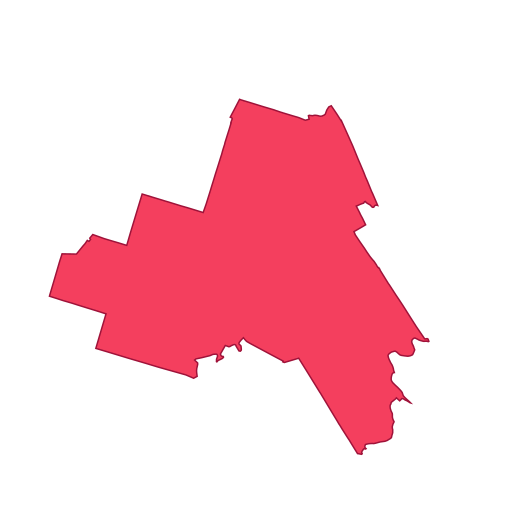 Gurbanesti, Calarasi, Romania (orthographic projection), rotated 105°
{"feature_id": "2599482B46558344458581", "entity_name": "Gurbanesti", "entity_type": "district", "adm_level": 2, "iso_a3": "ROU", "parent_name": "Romania", "parent_adm1": "Calarasi", "projection": "orthographic", "projection_center": [26.694, 44.368], "detail": "fine", "context": "isolated", "style": "filled", "palette": "rose", "viewbox_px": 512, "rotation_deg": 105, "n_neighbors": 0, "source": "geoboundaries", "source_scale": "gbopen_adm2", "svg_char_len": 5290}
<svg xmlns="http://www.w3.org/2000/svg" viewBox="0 0 512 512"><g transform="rotate(105 256 256)"><path d="M348.3,445.1L348.6,437.9L349.0,430.6L349.2,421.3L349.5,415.1L349.8,407.5L350.2,396.7L350.7,385.9L386.7,386.8L387.1,372.8L387.8,351.3L388.2,334.8L388.6,322.2L388.7,315.9L388.9,300.3L389.0,293.0L390.2,284.6L387.5,281.7L384.3,283.0L382.3,283.7L380.1,284.1L377.6,284.2L375.6,284.3L374.4,284.7L372.4,288.4L370.9,287.3L368.0,281.6L366.0,278.0L364.2,274.7L362.3,272.3L362.0,271.7L361.1,269.1L361.1,268.6L361.2,268.1L361.5,267.9L362.2,267.4L362.8,267.2L364.3,267.3L365.6,267.4L366.6,267.3L367.5,267.0L368.2,266.9L368.4,266.7L368.4,266.4L368.1,266.2L366.8,265.6L364.7,263.1L363.7,262.0L362.9,261.5L362.1,261.2L361.5,261.7L361.7,263.2L361.1,264.2L360.2,264.7L359.9,265.0L350.4,262.5L350.4,262.1L350.6,259.9L350.7,258.8L350.3,257.9L348.8,256.4L347.6,254.9L347.1,253.9L347.0,253.2L347.3,252.6L347.6,252.2L348.1,252.0L352.1,247.9L352.0,246.5L351.0,245.9L349.9,246.0L346.8,247.2L345.3,249.7L344.9,249.8L344.3,249.9L343.5,249.7L341.0,248.6L338.2,247.0L339.4,245.4L340.6,243.5L340.7,243.4L340.9,242.9L341.0,242.7L342.0,239.0L346.8,218.5L350.5,202.5L351.3,202.7L351.5,201.4L351.5,201.0L351.3,200.7L343.7,188.3L353.2,178.1L371.2,159.0L371.6,158.5L376.6,153.3L381.7,148.0L390.1,139.3L394.6,134.6L396.8,132.4L397.7,131.3L400.7,128.2L406.3,122.1L409.1,119.0L409.1,118.9L411.9,116.0L418.6,108.9L419.7,107.7L420.6,106.8L420.5,106.3L420.2,102.6L419.8,102.4L419.3,102.3L418.5,103.1L417.3,103.1L414.8,102.2L414.5,102.1L414.3,101.6L414.1,101.4L414.1,101.1L414.2,100.6L414.0,100.1L413.6,99.8L413.0,100.9L412.6,101.3L411.7,101.6L410.7,101.6L409.8,101.5L409.2,100.6L408.2,98.7L407.6,97.1L407.3,96.1L407.0,95.2L406.7,93.7L405.9,92.1L403.5,88.0L401.6,83.5L400.3,81.6L397.5,78.9L396.4,78.2L393.9,78.3L391.4,78.2L388.3,79.0L387.1,79.7L385.6,80.2L383.0,80.2L380.4,79.7L378.3,81.5L376.5,82.5L373.3,83.4L372.6,83.8L370.5,85.6L368.2,87.0L366.8,87.5L365.4,87.8L364.0,87.4L362.4,87.5L357.9,84.2L356.7,83.7L358.7,79.7L355.9,78.1L355.8,76.7L356.5,74.8L356.8,72.7L357.5,70.4L357.9,69.2L357.9,68.6L356.9,70.3L355.5,73.1L354.1,75.7L352.8,77.6L350.0,79.5L349.5,80.1L349.0,80.7L347.7,82.7L346.1,85.4L345.4,86.8L344.7,88.1L343.8,89.7L343.4,90.2L343.1,91.0L342.6,91.5L342.0,92.3L341.0,93.1L340.4,93.4L339.4,93.7L338.3,93.9L337.1,94.0L335.4,94.0L334.6,93.9L334.3,93.8L333.8,93.5L333.3,93.2L333.2,93.0L332.7,92.3L332.7,92.2L332.4,92.3L331.9,92.9L330.1,93.8L329.0,94.3L327.3,95.4L325.8,96.6L325.2,97.3L323.9,98.6L322.7,99.6L321.4,100.7L320.0,101.7L318.1,102.7L317.5,102.7L317.0,102.6L315.9,102.1L314.9,101.3L313.8,100.4L312.3,97.9L311.9,97.0L312.3,95.3L313.5,93.0L314.2,91.5L314.4,90.1L314.0,86.6L313.5,83.4L312.7,81.6L312.0,80.5L311.5,80.0L311.0,79.3L310.1,79.0L308.0,78.7L305.6,78.4L305.0,78.8L304.1,79.5L302.8,80.3L301.9,81.0L301.3,81.5L300.6,82.2L299.3,83.0L298.6,83.4L298.3,83.4L297.5,83.5L296.6,83.5L295.5,82.9L294.4,82.0L294.1,81.1L294.6,78.3L295.0,76.8L295.1,75.1L295.1,73.7L295.1,72.2L294.2,69.3L294.1,67.3L293.7,66.9L291.7,68.3L291.5,69.4L292.2,70.9L292.3,71.7L282.6,83.0L277.2,88.9L265.6,101.5L260.8,106.9L257.6,110.6L249.2,119.9L248.7,120.6L247.6,121.8L242.6,127.1L241.1,128.7L237.8,132.2L236.6,133.1L236.3,133.5L235.8,134.5L235.4,134.5L235.4,135.4L234.4,136.5L233.4,137.4L230.6,140.6L229.5,142.3L228.3,144.0L226.9,145.9L225.0,148.1L223.5,149.9L220.6,153.1L215.2,159.5L209.6,165.9L209.4,165.9L207.1,167.7L204.1,164.7L200.6,161.2L197.5,158.2L192.0,162.9L189.7,165.1L187.8,166.8L187.7,166.8L181.8,172.1L181.6,171.9L181.3,171.3L179.3,168.9L177.9,167.0L177.1,165.7L175.4,165.2L175.0,164.4L175.8,163.6L176.4,161.8L177.1,159.1L178.2,157.3L178.7,156.5L178.8,155.9L178.6,155.3L178.2,154.8L177.2,154.6L176.1,153.9L175.7,152.7L175.7,151.5L165.4,159.6L163.8,161.0L155.1,167.6L152.1,170.0L151.8,170.3L147.4,173.5L140.6,178.8L135.8,182.6L125.1,190.7L122.6,192.7L121.4,193.7L119.4,195.3L117.3,197.0L112.4,201.0L108.6,204.1L103.2,208.5L103.5,208.6L99.0,213.5L98.0,214.6L91.4,222.2L93.2,224.3L96.7,225.4L101.1,225.8L102.1,226.5L102.9,227.5L103.7,228.4L104.4,230.2L104.4,232.8L104.6,234.7L105.1,236.4L105.8,237.5L106.2,239.9L106.3,241.0L106.9,241.7L110.1,240.1L112.1,243.5L111.3,250.1L111.2,251.6L111.1,256.9L110.8,266.3L110.8,267.1L110.7,267.9L110.7,269.2L110.4,273.2L110.4,274.2L110.2,276.1L110.1,279.5L109.9,287.4L109.7,292.8L109.3,303.0L109.3,304.2L109.2,305.9L109.2,308.4L109.1,308.8L109.1,310.3L109.1,310.5L108.9,312.4L111.2,312.9L113.4,313.4L120.2,314.9L125.0,316.0L128.6,316.8L128.8,315.5L129.0,315.0L129.1,314.8L129.4,314.6L129.6,314.6L129.8,314.5L133.3,314.8L133.9,314.8L133.9,314.5L140.5,314.7L147.1,315.0L154.4,315.3L156.4,315.2L157.9,315.3L162.7,315.5L166.9,315.5L168.5,315.6L180.6,316.1L186.8,316.4L193.0,316.6L200.6,316.9L204.5,317.0L218.8,317.6L226.6,318.2L227.7,318.3L227.6,320.4L227.3,329.2L227.1,334.7L227.0,341.4L226.8,346.7L226.6,351.9L226.5,354.3L226.4,358.9L226.3,360.9L226.2,364.1L226.0,370.4L225.6,382.0L243.5,382.6L253.1,382.9L265.6,383.3L270.4,383.4L279.2,383.6L278.9,392.3L278.7,400.9L278.5,407.2L278.0,413.1L277.5,419.2L281.8,421.2L282.8,420.1L285.1,421.1L284.6,423.0L288.3,424.3L291.3,425.8L295.8,427.8L300.3,429.8L300.7,430.2L301.7,434.3L303.7,442.2L304.1,443.9L306.7,444.0L310.6,444.2L313.4,444.3L330.8,444.7L346.8,445.1L348.0,445.1L348.3,445.1Z" fill="#f43f5e" stroke="#9f1239" stroke-width="1.5"/></g></svg>